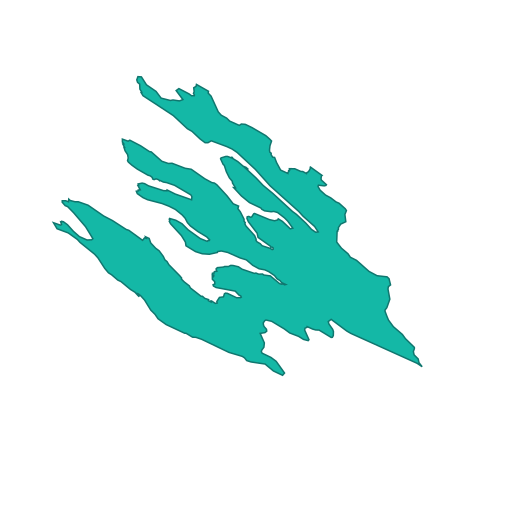 Torsken nor, Troms, Norway, rotated 35°
{"feature_id": "86288312B75737452629522", "entity_name": "Torsken nor", "entity_type": "district", "adm_level": 2, "iso_a3": "NOR", "parent_name": "Norway", "parent_adm1": "Troms", "projection": "natural_earth1", "projection_center": [17.149, 69.294], "detail": "fine", "context": "isolated", "style": "filled", "palette": "teal", "viewbox_px": 512, "rotation_deg": 35, "n_neighbors": 0, "source": "geoboundaries", "source_scale": "gbopen_adm2", "svg_char_len": 6116}
<svg xmlns="http://www.w3.org/2000/svg" viewBox="0 0 512 512"><g transform="rotate(35 256 256)"><path d="M455.6,251.4L450.7,249.9L447.9,247.3L442.2,246.3L439.7,244.0L438.9,241.1L438.1,240.0L425.8,238.0L420.9,236.3L409.0,235.1L401.3,232.5L397.8,230.3L393.3,227.2L392.7,226.2L392.8,223.2L390.4,214.6L383.0,207.3L382.0,205.1L382.8,202.5L378.0,198.3L375.3,197.9L366.5,202.7L357.4,203.8L340.8,201.9L334.0,202.9L330.1,201.4L321.5,200.6L314.1,198.3L308.3,189.3L308.7,188.7L308.2,188.2L308.3,187.0L307.2,185.4L307.1,181.3L309.9,176.4L305.0,171.0L304.0,166.9L302.0,166.1L293.8,165.1L290.6,165.8L283.9,165.5L278.0,166.2L270.7,165.3L266.9,163.5L266.5,162.2L271.7,159.4L272.8,158.1L272.8,157.2L265.9,156.3L264.6,154.9L263.6,152.5L263.8,152.1L248.9,151.9L250.1,152.4L250.6,155.4L250.5,157.3L249.8,158.6L250.1,159.5L245.7,160.0L244.3,161.0L237.7,162.3L233.3,165.3L234.3,166.1L233.7,167.2L234.4,167.6L234.2,169.5L234.7,170.1L226.9,171.5L219.3,167.7L214.7,164.6L213.0,165.5L210.2,164.3L209.5,163.1L207.7,163.0L206.3,161.5L204.2,157.7L202.8,152.9L200.2,152.4L195.2,151.8L179.1,153.1L171.7,154.3L168.3,156.3L167.4,158.6L157.0,160.6L152.9,159.9L146.8,160.6L142.4,159.6L127.5,150.8L123.4,150.0L122.6,148.3L108.8,149.6L109.6,151.4L108.5,153.9L111.1,156.9L111.5,158.7L113.2,159.4L113.5,160.1L111.3,161.7L108.2,161.6L96.8,163.1L95.7,166.3L106.4,169.8L104.3,172.9L98.5,175.8L96.7,177.7L87.7,181.1L79.7,178.5L68.1,178.6L59.4,175.0L56.4,176.8L57.3,180.1L59.4,181.7L62.1,181.9L65.2,185.9L68.5,187.4L68.1,188.0L71.5,189.5L107.7,188.4L126.8,191.1L132.0,190.6L143.1,192.2L149.3,192.4L151.7,190.7L153.3,187.3L169.4,183.1L175.1,182.1L181.2,182.0L205.7,185.4L227.2,190.4L265.5,195.0L271.6,196.4L287.1,198.2L293.1,200.6L291.3,202.3L286.2,202.4L278.0,200.5L265.2,198.7L260.4,198.6L234.0,195.1L221.3,194.1L211.1,192.0L195.3,189.9L197.0,189.2L200.2,189.5L197.0,189.1L193.9,189.8L186.9,189.1L180.2,189.5L180.2,188.9L179.7,188.9L179.9,189.6L175.5,190.8L174.2,191.7L171.1,195.7L171.2,196.7L176.5,199.8L178.1,200.0L183.4,204.0L189.3,207.2L193.7,208.4L194.9,209.7L200.0,211.9L198.5,212.8L209.6,215.2L220.0,216.0L232.5,213.9L233.9,214.4L237.1,214.1L243.0,211.1L245.0,209.3L248.7,208.0L257.4,208.4L261.9,209.2L270.2,212.1L268.5,214.1L257.8,212.5L252.9,212.8L253.1,214.0L251.0,216.5L246.1,218.5L230.4,222.0L229.9,222.8L230.1,226.4L229.3,227.4L227.4,227.7L226.3,228.9L227.0,230.4L230.1,232.3L243.9,236.7L247.0,239.6L262.1,239.7L262.9,240.2L264.5,239.4L265.5,239.6L266.2,240.7L265.6,241.5L263.4,241.6L255.1,244.1L252.4,243.5L248.7,243.8L247.0,243.2L246.5,242.2L243.2,240.1L230.6,237.2L228.5,236.1L228.0,234.8L226.3,234.4L225.1,232.7L217.8,228.8L214.0,227.6L213.1,225.1L207.3,226.3L197.6,223.3L183.0,220.1L180.1,220.1L177.7,221.2L169.8,222.1L153.2,222.1L147.6,224.8L134.0,228.2L131.1,230.5L124.5,232.4L110.5,230.8L108.8,231.6L98.2,231.9L86.2,233.5L85.4,235.3L79.5,236.9L81.2,239.3L83.4,240.0L82.7,240.7L86.1,242.4L85.6,242.8L88.4,244.9L92.7,246.6L95.1,249.0L96.1,251.6L97.6,252.3L102.3,252.8L108.8,252.9L121.0,251.8L123.5,251.0L126.1,251.2L127.2,252.2L128.7,251.9L129.9,250.1L132.4,249.4L134.0,249.7L134.4,249.1L137.6,248.6L140.8,247.1L148.8,244.8L167.6,243.3L169.5,244.2L171.0,246.9L154.2,251.6L145.3,252.9L145.7,253.6L142.8,255.5L127.6,260.2L123.3,260.6L120.9,261.6L118.1,264.6L119.3,265.5L118.8,266.0L123.2,268.2L121.7,269.5L122.3,270.1L120.8,271.6L123.0,273.0L130.0,273.0L134.9,272.1L148.9,266.9L156.3,265.1L163.3,264.1L172.0,264.7L176.3,265.7L180.7,268.0L185.0,269.0L194.4,269.3L204.6,268.6L208.8,269.4L208.8,270.2L207.8,271.0L207.6,272.0L200.3,273.7L185.4,273.5L176.9,272.0L169.8,272.7L163.7,274.8L163.8,275.6L164.9,275.8L165.0,277.3L167.5,278.6L183.3,282.1L190.2,285.1L192.8,287.8L203.9,287.1L210.7,285.0L216.8,281.3L222.3,275.3L222.1,274.3L224.7,271.8L230.8,269.3L244.1,266.7L250.3,264.7L258.7,265.5L265.9,264.7L271.1,262.3L275.5,261.5L282.4,261.4L286.3,262.6L289.9,262.4L292.1,263.1L296.7,262.3L295.9,263.2L294.2,263.4L292.9,264.6L291.0,265.1L279.1,264.1L273.3,267.1L271.7,267.0L268.7,269.3L265.7,270.0L264.6,271.2L252.2,274.8L247.8,274.9L242.5,277.0L240.6,278.3L239.5,280.4L236.3,282.6L235.7,283.7L231.0,287.7L230.7,289.5L232.7,291.0L231.3,292.1L230.9,293.1L231.4,294.1L230.2,295.1L230.8,296.3L233.1,295.7L231.9,296.6L232.1,297.1L233.7,297.4L231.8,297.6L233.6,300.1L236.9,300.7L238.3,302.5L237.3,304.2L238.4,305.0L241.4,304.7L259.1,296.7L264.6,297.8L266.3,297.4L267.6,298.2L267.3,298.9L264.1,301.3L254.0,303.0L252.3,303.9L251.8,305.0L252.8,308.1L249.8,310.9L250.0,315.7L251.2,316.8L249.8,318.2L245.4,318.3L244.9,318.6L245.6,319.5L242.5,319.9L242.2,318.9L238.3,320.1L235.3,319.7L234.0,320.5L220.5,319.8L218.5,318.7L212.2,318.4L208.2,317.7L207.7,316.7L204.8,315.9L189.6,313.1L186.3,311.6L183.6,311.4L180.3,309.5L173.7,307.3L169.3,307.2L162.3,305.7L158.4,302.9L154.5,303.6L155.9,304.5L154.3,305.1L154.1,308.2L137.1,307.9L134.5,308.7L118.2,309.3L108.3,310.6L89.3,310.7L79.3,313.5L76.6,315.4L72.0,317.1L70.0,316.8L71.3,319.1L68.4,319.9L65.6,321.9L66.4,323.1L70.8,324.2L73.4,323.6L81.9,325.2L99.7,329.8L112.5,335.4L112.1,337.0L108.4,339.8L100.2,341.4L92.2,340.5L83.6,338.5L78.6,338.4L77.0,339.0L77.3,339.6L76.4,340.0L78.7,341.8L78.1,342.9L71.0,344.9L77.4,347.8L88.9,344.8L100.2,344.9L104.1,345.8L122.8,347.1L127.6,348.2L139.2,352.9L144.8,354.4L148.4,354.2L156.6,355.0L160.1,354.4L172.4,355.4L177.6,355.1L182.2,356.1L183.8,356.3L179.9,355.0L180.9,354.5L184.3,354.7L190.0,356.0L200.9,360.7L206.7,361.7L211.7,363.6L221.7,363.7L241.8,360.2L243.1,359.4L250.6,358.9L253.4,357.1L259.3,355.4L289.1,350.5L302.3,346.1L305.0,346.0L308.4,347.0L312.6,345.7L325.4,339.3L336.2,340.2L346.2,338.5L346.5,335.5L332.9,330.7L326.4,330.5L316.7,332.1L315.2,331.2L314.7,329.7L314.8,326.2L312.7,322.4L303.8,317.0L307.3,313.6L307.9,311.4L306.6,310.0L302.9,309.1L301.4,307.9L300.3,306.6L300.3,303.8L300.9,302.7L306.3,300.5L321.0,299.5L327.8,299.7L337.0,297.4L342.7,297.1L347.3,295.4L347.4,294.2L338.4,288.8L337.5,287.1L338.7,285.1L338.4,284.5L344.3,283.4L347.4,282.3L350.2,280.5L364.3,279.6L365.2,278.8L365.0,276.9L362.8,273.5L360.9,272.1L354.8,269.9L352.8,268.3L353.9,264.8L373.5,265.4L378.1,265.0L449.5,251.5L455.6,251.4Z" fill="#14b8a6" stroke="#0f766e" stroke-width="1.5"/></g></svg>